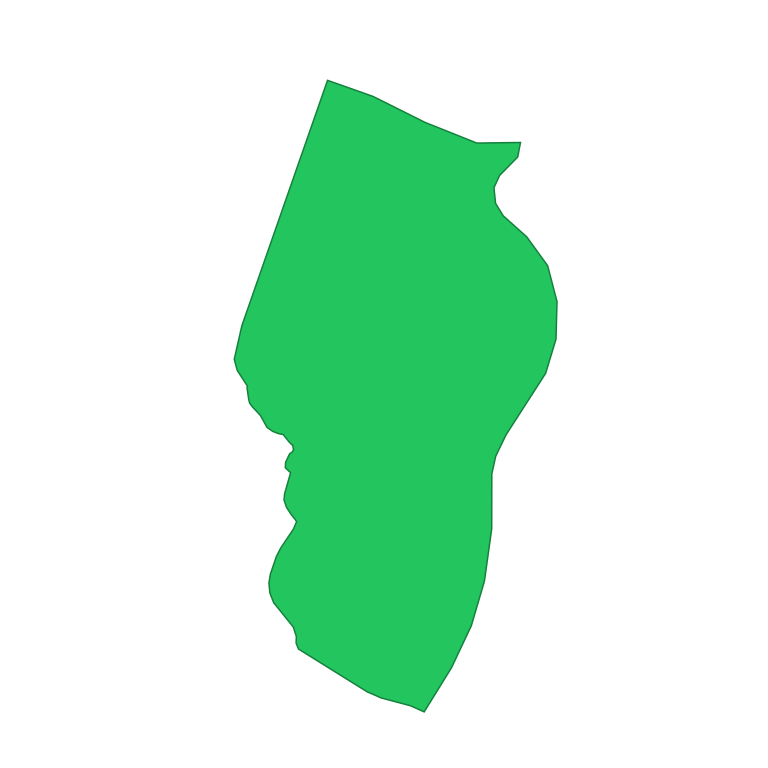 an SVG outline of Ifugao, rotated 119°
{"feature_id": "PHL-2551", "entity_name": "Ifugao", "entity_type": "Province", "adm_level": 1, "iso_a3": "PHL", "parent_name": "Philippines", "parent_adm1": "", "projection": "albers", "projection_center": [121.298, 16.844], "detail": "fine", "context": "isolated", "style": "filled", "palette": "green", "viewbox_px": 768, "rotation_deg": 119, "n_neighbors": 0, "source": "natural_earth", "source_scale": "10m", "svg_char_len": 975}
<svg xmlns="http://www.w3.org/2000/svg" viewBox="0 0 768 768"><g transform="rotate(119 384 384)"><path d="M651.3,189.9L652.6,204.9L659.9,233.9L661.4,249.4L657.3,330.2L653.3,335.2L647.3,338.3L640.6,345.4L628.8,374.4L622.0,382.6L613.8,388.2L605.4,391.2L587.0,394.5L577.0,394.8L554.9,392.9L546.8,393.7L545.4,396.4L542.9,402.4L539.2,409.4L533.9,415.2L528.3,417.7L506.9,422.7L505.1,429.7L500.2,432.1L491.1,432.7L490.0,432.4L488.1,431.3L485.4,431.3L481.6,434.3L481.8,435.2L480.5,439.4L477.1,447.6L478.5,452.0L479.4,458.3L478.7,465.2L471.4,476.9L467.8,488.1L465.9,492.2L462.9,495.0L453.5,502.1L452.1,502.4L443.3,518.9L434.9,527.0L401.8,536.6L145.8,580.6L137.8,533.1L135.3,474.8L128.3,419.7L106.6,381.7L120.6,377.1L145.6,384.0L159.0,383.0L171.9,374.0L179.1,361.3L186.1,330.5L201.2,298.2L228.1,272.6L261.4,255.3L296.3,247.8L369.2,252.6L392.9,251.3L410.4,246.1L458.4,219.6L507.7,200.6L553.2,190.4L599.5,187.4L651.3,189.9Z" fill="#22c55e" stroke="#15803d" stroke-width="1.5"/></g></svg>